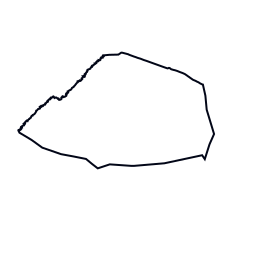 Bulgan, Dornod, Mongolia, rotated 319°
{"feature_id": "93677404B34765270350686", "entity_name": "Bulgan", "entity_type": "district", "adm_level": 2, "iso_a3": "MNG", "parent_name": "Mongolia", "parent_adm1": "Dornod", "projection": "mercator", "projection_center": [114.017, 47.601], "detail": "fine", "context": "isolated", "style": "outline", "palette": "ink", "viewbox_px": 256, "rotation_deg": 319, "n_neighbors": 0, "source": "geoboundaries", "source_scale": "gbopen_adm2", "svg_char_len": 4932}
<svg xmlns="http://www.w3.org/2000/svg" viewBox="0 0 256 256"><g transform="rotate(319 128 128)"><path d="M81.4,55.6L81.0,55.4L80.8,55.4L80.6,55.5L79.8,55.5L79.5,55.3L79.3,55.3L78.9,55.4L78.6,55.6L78.4,55.6L78.4,55.1L78.2,54.8L77.8,54.8L77.0,55.1L77.0,54.9L77.1,54.7L76.9,54.3L76.7,54.3L76.2,54.7L76.1,54.8L75.9,54.6L75.8,54.2L75.4,54.1L75.2,54.1L75.0,54.7L74.8,55.2L74.6,55.4L74.3,55.5L74.0,55.5L73.6,55.1L73.1,55.0L72.7,54.7L70.8,55.0L70.2,54.7L69.9,54.8L69.7,55.1L68.9,55.5L68.4,55.7L67.8,55.8L67.6,55.9L66.5,56.1L65.3,55.9L64.8,55.7L64.3,56.0L64.1,56.1L63.6,55.7L63.4,55.6L62.9,55.7L62.4,56.0L62.0,56.1L61.6,56.4L61.3,56.5L60.4,56.3L59.7,56.3L59.4,56.5L59.1,56.3L58.6,56.4L57.9,56.4L57.0,56.8L57.0,56.7L57.1,56.4L56.8,56.0L56.6,56.0L56.1,56.2L55.6,56.0L55.3,55.9L54.9,56.0L54.3,56.4L54.1,56.5L53.8,56.3L53.7,56.4L53.7,56.8L53.4,57.0L53.0,57.0L52.7,56.8L52.5,56.5L52.5,56.3L52.3,56.3L52.5,57.0L52.3,57.5L52.1,57.5L52.0,57.4L51.7,56.9L51.5,57.0L51.4,57.5L51.2,57.7L50.8,57.4L50.2,57.4L49.4,57.1L49.2,57.1L48.8,57.6L48.7,57.3L48.7,57.1L48.2,57.0L47.9,57.0L47.3,57.4L47.2,57.6L47.1,57.9L47.2,58.5L46.9,58.7L46.6,58.7L46.2,58.4L46.0,58.8L45.9,58.8L45.6,58.3L45.4,58.2L45.2,58.3L45.0,58.7L44.7,58.7L44.4,58.5L44.3,57.8L44.2,57.7L43.8,57.7L43.7,57.8L43.5,58.2L43.5,58.5L43.0,60.3L47.4,73.8L50.4,86.6L60.3,103.8L68.1,113.6L76.0,123.8L77.3,131.6L78.7,138.6L90.4,143.5L105.4,158.5L107.8,160.6L132.3,178.5L166.1,197.2L165.5,201.9L178.8,193.8L189.0,189.0L199.4,165.8L207.6,154.4L213.0,144.4L212.8,144.2L212.4,143.3L211.6,141.4L211.2,139.8L210.3,137.9L210.0,136.9L208.7,134.3L207.7,130.3L207.6,129.6L207.4,129.1L206.9,126.9L206.3,124.6L205.2,122.2L203.8,119.7L202.6,117.3L201.4,115.3L200.3,113.8L199.5,112.5L199.3,112.3L199.1,111.9L198.8,110.2L198.5,109.7L198.2,109.4L197.6,109.3L196.9,108.9L195.4,106.3L193.6,103.1L186.0,89.5L184.5,87.0L182.9,83.9L181.3,81.4L180.3,79.5L179.5,78.2L177.3,74.2L176.7,73.0L176.6,72.6L175.4,70.8L173.4,67.9L172.9,67.2L172.3,66.7L168.9,66.3L161.9,60.5L157.0,57.0L156.9,56.8L156.5,56.8L156.2,57.0L156.1,57.5L156.2,58.0L155.5,57.9L155.3,58.0L155.1,58.3L154.9,58.2L154.9,57.5L154.7,57.4L154.0,57.6L153.9,57.2L152.9,57.4L152.6,57.6L152.0,58.4L151.7,58.5L151.1,58.4L150.9,58.1L150.3,57.3L150.2,57.4L149.9,57.8L149.6,57.9L149.3,58.1L149.1,58.0L148.8,57.8L148.6,57.3L148.1,57.5L147.9,57.6L147.5,57.4L147.1,57.4L147.0,57.5L147.1,57.9L147.0,58.1L146.9,58.2L146.6,58.2L146.3,57.9L146.1,57.9L145.8,58.1L145.5,58.1L145.4,57.9L145.1,57.4L144.8,57.7L144.7,57.9L144.0,57.9L143.4,57.8L143.0,58.0L142.8,58.0L142.7,57.9L142.7,57.7L142.1,57.5L141.9,57.4L141.5,57.4L141.1,57.6L141.0,57.8L141.0,58.2L140.8,58.3L140.4,58.1L139.6,57.9L138.8,58.4L138.5,58.5L138.1,58.4L137.6,58.3L136.9,57.9L136.2,57.7L135.7,57.5L135.4,58.0L135.1,58.3L134.8,58.3L134.4,58.1L134.2,58.1L134.0,58.3L134.0,58.7L133.9,58.8L133.5,58.7L132.5,58.8L132.2,58.9L131.8,59.4L131.6,59.4L131.4,59.3L131.3,59.0L131.2,58.9L130.6,58.9L130.5,59.0L130.7,59.4L130.7,59.8L130.4,59.9L129.7,59.7L129.6,59.8L129.3,60.1L129.4,60.5L129.1,60.9L128.8,60.9L128.6,60.8L128.5,60.3L128.5,60.1L128.9,59.7L128.7,59.6L128.6,59.8L128.5,60.0L128.2,60.0L127.9,59.9L127.7,59.6L127.6,59.9L127.5,60.0L127.3,60.1L127.1,60.0L127.0,59.9L126.8,59.5L126.8,59.4L126.8,59.9L126.6,60.2L126.4,60.3L126.2,60.3L125.9,60.1L125.7,60.1L125.7,60.3L125.6,61.0L124.9,61.1L124.5,61.0L124.0,61.3L123.7,61.3L123.0,61.2L122.9,60.9L122.9,60.5L122.8,60.3L122.7,60.3L122.3,60.8L122.2,60.8L121.8,60.6L121.8,60.3L121.7,60.2L120.9,59.8L120.8,60.2L120.7,60.3L120.3,60.5L120.2,60.4L120.0,60.2L119.9,60.1L119.3,60.4L118.8,60.5L118.1,60.5L117.7,60.7L117.1,60.7L116.2,61.0L115.0,61.1L114.4,61.1L113.7,61.4L113.4,61.3L113.0,61.1L112.5,61.1L112.0,61.0L111.2,61.4L110.0,61.6L109.7,61.6L109.4,61.3L108.7,61.3L107.5,60.9L107.3,61.0L107.1,61.2L106.9,61.3L106.6,61.2L106.4,61.0L106.3,60.9L106.2,61.0L106.4,61.4L106.5,61.6L106.3,61.9L106.1,62.0L105.8,61.8L105.5,61.9L105.4,61.9L104.6,61.4L104.4,61.4L104.5,61.9L104.4,62.1L104.1,62.3L103.7,62.4L103.3,61.9L103.1,62.0L103.0,62.7L102.8,63.1L102.6,63.2L102.2,63.2L101.5,63.0L101.1,63.0L100.9,63.0L100.6,62.8L100.4,62.5L100.2,62.4L99.8,62.5L99.7,62.5L99.6,62.4L99.7,62.0L99.7,61.4L99.5,61.1L99.1,61.1L98.6,61.5L98.1,61.3L97.7,61.3L97.4,61.9L97.2,62.2L96.9,62.4L96.7,62.4L96.3,62.3L96.0,62.4L95.6,62.3L95.5,62.2L95.2,61.8L94.6,61.7L94.4,61.4L94.5,61.2L94.6,60.9L94.9,60.5L94.9,60.3L94.9,60.1L94.3,59.9L94.2,59.9L94.1,59.1L94.1,58.6L94.0,58.3L93.9,58.0L93.8,57.8L93.2,57.4L92.4,57.3L92.4,57.2L92.3,56.8L92.5,55.9L92.5,55.4L92.4,55.2L92.0,55.2L91.8,55.0L91.6,55.0L91.2,55.2L91.1,55.4L90.8,55.2L90.4,55.0L89.8,54.4L89.4,54.4L89.1,54.7L89.0,54.8L88.6,54.7L88.4,54.7L88.4,54.8L88.5,55.1L88.4,55.1L88.1,55.3L87.7,55.1L87.6,54.7L87.4,54.6L87.1,54.7L86.9,54.7L86.2,54.6L85.9,54.8L85.3,54.8L85.2,54.9L84.9,55.6L84.6,55.6L84.3,55.0L84.0,55.2L83.6,55.3L83.2,55.3L83.0,55.2L82.8,55.2L82.3,55.5L82.1,55.5L81.8,55.3L81.6,55.6L81.4,55.7L81.4,55.6Z" fill="none" stroke="#020617" stroke-width="2"/></g></svg>